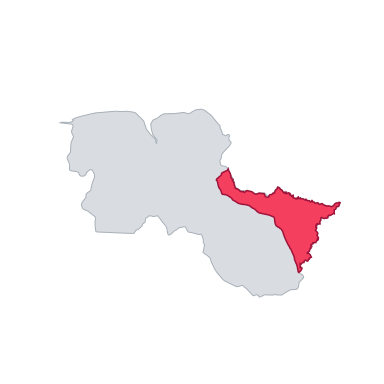 VI-7 Upper Corentyne, East Berbice-Corentyne, Guyana (highlighted), rotated 314°
{"feature_id": "73187651B49855956252830", "entity_name": "VI-7 Upper Corentyne", "entity_type": "district", "adm_level": 2, "iso_a3": "GUY", "parent_name": "Guyana", "parent_adm1": "East Berbice-Corentyne", "projection": "albers", "projection_center": [-57.779, 3.06], "detail": "fine", "context": "in_parent", "style": "filled", "palette": "rose", "viewbox_px": 384, "rotation_deg": 314, "n_neighbors": 0, "source": "geoboundaries", "source_scale": "gbopen_adm2", "svg_char_len": 9546}
<svg xmlns="http://www.w3.org/2000/svg" viewBox="0 0 384 384"><g transform="rotate(314 192 192)"><path d="M121.8,179.0L113.6,169.9L105.4,160.6L97.3,151.5L96.8,150.3L100.2,146.0L103.2,142.9L105.7,141.2L106.9,139.6L106.1,133.0L106.1,130.6L104.9,128.0L104.1,125.1L105.1,122.7L106.3,121.0L107.9,120.3L111.7,119.7L114.4,119.5L115.3,118.5L116.9,117.4L118.9,117.3L122.9,118.1L124.7,116.7L128.0,114.7L135.4,111.3L137.1,109.1L138.3,105.6L138.2,104.0L137.4,103.4L135.6,102.8L132.8,102.7L130.5,103.6L128.2,103.1L126.2,101.0L126.1,99.2L127.3,96.7L126.6,95.0L122.9,89.8L123.0,88.3L125.7,86.0L127.2,84.0L129.3,79.2L130.9,77.6L136.1,77.0L137.4,76.0L140.0,73.5L143.9,70.6L149.6,68.3L151.2,64.1L152.2,63.0L156.7,60.8L157.5,59.6L157.4,58.5L150.2,49.1L151.6,49.7L157.2,55.9L160.3,57.2L160.9,57.3L160.9,55.7L163.8,56.4L171.1,60.6L181.8,67.6L196.8,80.7L201.1,85.7L203.9,88.1L208.4,93.8L209.7,96.6L209.6,107.8L205.6,115.4L204.6,121.0L204.4,128.6L202.1,133.0L205.2,130.6L206.1,123.8L208.7,119.6L212.1,115.1L216.6,114.0L221.5,115.9L225.4,116.3L228.9,117.6L236.2,124.9L243.4,130.7L246.0,135.3L253.6,137.6L258.1,141.2L259.6,144.4L260.5,152.6L259.0,165.1L259.4,165.7L257.3,168.2L257.0,169.7L255.6,172.5L254.6,174.0L256.1,177.4L257.8,177.6L258.5,178.0L258.9,178.7L258.8,179.4L258.2,180.1L256.5,180.9L255.0,182.9L255.1,185.1L254.1,186.3L251.0,186.9L244.8,186.9L241.8,187.0L239.4,187.4L237.8,188.8L235.8,189.8L234.2,190.0L232.8,191.7L231.4,194.0L231.9,195.6L233.3,197.8L234.1,200.0L233.0,203.5L231.8,206.2L231.1,208.3L230.1,212.4L227.7,216.8L226.0,219.3L226.1,222.0L226.9,225.9L231.7,231.6L233.3,234.3L234.7,238.6L239.0,242.0L241.8,244.8L241.5,248.4L241.9,249.5L243.6,250.5L245.7,251.2L247.9,251.1L250.0,250.8L250.5,250.3L255.2,250.2L255.7,251.1L256.0,256.4L256.2,258.5L257.3,259.4L258.0,260.7L258.1,261.8L258.3,264.8L259.0,266.3L258.9,269.5L259.4,270.6L260.7,271.4L262.3,273.6L262.9,273.9L263.3,274.7L264.7,277.9L265.4,278.9L265.9,279.0L266.1,280.1L267.1,283.1L267.8,283.8L269.2,286.0L269.7,288.4L271.5,291.1L273.2,293.0L274.0,295.0L276.3,299.3L278.5,302.4L281.5,303.2L284.1,303.6L285.6,304.8L287.2,306.1L285.5,306.6L284.0,307.4L282.0,306.8L279.1,307.1L276.1,308.0L273.4,308.4L268.2,307.1L266.7,306.9L265.6,306.3L263.4,303.6L262.4,303.3L259.7,304.5L256.3,305.4L254.7,305.3L252.8,306.2L251.0,307.4L247.6,312.6L245.8,314.5L243.9,315.4L240.1,315.3L236.1,315.5L233.1,316.8L230.2,317.4L228.8,317.5L228.3,320.4L227.7,321.7L226.8,322.5L224.6,322.7L222.6,322.6L221.4,321.4L219.2,320.8L217.2,320.4L215.9,319.7L214.9,319.9L214.0,321.1L213.3,322.1L212.7,324.0L209.7,324.6L208.4,325.7L209.2,329.2L208.8,330.6L208.2,331.7L204.6,331.9L201.5,331.8L199.7,333.1L197.5,334.6L196.1,334.9L194.6,334.8L192.5,333.0L190.4,330.9L185.3,329.3L180.2,328.1L176.9,324.6L176.1,322.9L174.5,322.2L170.6,318.1L168.4,315.5L166.0,314.8L163.3,313.6L163.4,311.7L163.2,309.9L162.1,309.2L160.4,308.7L159.8,307.6L160.0,305.2L160.3,299.0L159.9,293.1L156.2,291.0L154.7,289.6L151.9,280.8L150.6,276.9L150.6,273.9L151.5,265.2L152.5,261.4L155.4,253.8L157.0,251.2L157.1,249.3L156.9,246.8L156.1,242.0L160.9,238.9L162.9,237.6L163.3,235.5L165.8,232.9L167.0,230.5L167.9,228.5L167.7,227.5L166.6,226.9L165.3,225.0L162.5,219.7L161.5,218.6L160.7,217.1L161.1,214.7L162.2,212.1L162.1,211.1L160.4,209.7L157.0,207.4L154.2,207.2L152.0,206.4L148.8,206.2L146.2,206.0L144.8,205.1L145.1,203.7L145.7,202.6L147.9,199.9L149.3,197.1L149.5,194.3L150.0,190.6L150.6,187.4L151.0,183.7L147.6,181.4L146.5,179.4L145.1,177.7L143.6,177.7L141.2,176.9L137.6,179.2L134.7,178.8L132.8,179.6L128.2,179.4L125.3,178.3L121.8,179.0Z" fill="#d9dde1" stroke="#a8b0b8" stroke-width="1"/><path d="M211.5,215.6L212.1,216.2L212.8,217.2L213.7,218.6L214.0,219.3L214.4,220.6L214.4,220.9L214.6,221.8L214.7,223.0L214.9,223.3L215.0,224.2L215.0,224.6L214.8,225.3L214.9,226.1L214.7,226.4L214.6,227.2L214.7,227.6L215.1,228.4L215.3,229.1L215.4,230.0L215.7,231.5L215.7,231.9L215.8,232.3L216.1,233.1L216.4,233.9L217.6,236.0L218.2,236.9L218.4,237.2L218.9,237.8L219.7,238.7L220.9,240.6L221.0,240.9L221.4,241.6L221.6,242.0L222.1,243.1L222.2,243.6L222.2,245.0L222.3,245.9L222.5,246.7L223.1,248.5L223.2,249.0L223.2,249.5L223.3,250.6L223.2,252.2L223.3,253.4L223.6,254.7L223.9,255.4L224.3,255.8L225.1,257.2L225.5,257.9L225.7,258.2L227.1,260.5L227.8,261.5L229.0,263.6L229.3,264.2L229.6,265.3L229.9,265.7L230.3,267.0L230.8,268.1L230.8,268.5L230.6,269.2L230.0,270.0L229.2,270.9L228.7,271.7L228.1,272.3L227.2,273.7L226.8,274.4L226.5,275.1L226.3,275.9L226.4,277.5L226.4,277.9L226.8,278.6L226.9,278.9L227.0,280.8L227.2,281.6L227.2,282.1L227.2,282.6L227.0,283.0L226.9,283.5L226.7,284.2L226.6,284.6L226.4,285.1L225.3,287.0L224.6,288.4L224.3,289.1L224.0,289.6L223.2,291.5L222.3,293.7L221.8,295.1L221.1,297.1L220.7,298.2L220.5,299.1L220.4,299.5L220.2,300.3L219.8,301.0L219.6,301.8L219.4,303.2L218.7,304.8L218.2,305.9L217.8,307.0L217.3,308.2L216.6,310.1L216.3,310.4L215.5,311.7L214.7,312.6L214.5,312.9L214.3,313.7L213.9,314.4L213.6,315.0L213.2,315.8L212.6,317.6L212.0,318.5L211.4,319.7L210.2,321.2L209.4,322.5L209.2,322.8L208.6,323.4L208.5,323.7L208.3,324.0L208.3,324.7L210.7,325.0L213.1,324.4L213.7,324.0L212.8,322.2L214.0,321.8L214.1,320.9L215.6,319.5L215.8,320.6L217.9,320.5L219.0,321.5L220.6,320.5L221.9,320.9L222.3,322.9L223.1,323.3L224.3,322.7L225.4,323.0L225.8,322.3L228.0,323.2L229.0,320.4L228.9,318.1L228.0,317.6L228.5,317.1L231.0,317.6L232.9,316.3L233.9,316.7L234.2,315.9L235.9,316.1L236.2,314.5L236.9,314.3L239.1,314.9L239.6,314.3L241.7,316.2L244.4,315.3L244.6,315.9L245.5,315.8L246.3,315.2L246.0,314.7L247.0,314.6L247.6,312.0L249.4,311.5L250.0,310.6L250.2,307.5L252.7,306.8L253.2,306.0L252.7,305.5L253.6,304.6L254.9,304.7L255.1,303.9L256.6,304.4L256.5,305.0L258.0,306.3L259.3,304.6L261.3,304.2L262.5,302.7L263.7,302.8L264.6,305.5L265.8,305.9L266.5,307.1L268.0,307.6L268.6,306.7L270.2,306.5L271.2,307.7L274.9,308.8L275.2,309.5L277.9,306.7L279.9,307.2L281.8,305.9L283.4,307.5L287.2,305.9L287.1,305.5L286.8,305.0L286.4,304.7L285.7,304.7L285.4,304.5L284.8,304.0L284.5,303.5L284.3,303.4L283.3,303.1L283.1,303.0L282.8,303.0L282.1,303.1L280.5,303.2L279.1,303.1L278.8,302.9L278.4,302.5L276.8,299.8L275.6,298.7L275.3,298.3L274.7,296.8L274.3,296.4L274.1,295.9L274.0,295.2L274.2,294.1L274.0,293.5L273.8,293.3L272.7,293.0L272.2,292.8L272.0,292.6L271.6,292.3L271.6,292.1L271.5,291.6L271.5,291.1L271.7,290.3L271.7,290.0L271.5,289.8L271.0,289.4L269.9,289.0L269.6,288.7L269.4,288.0L269.4,287.8L269.5,287.5L269.7,287.3L269.7,287.2L269.4,287.0L269.3,286.8L269.2,286.2L268.7,285.5L268.7,285.1L269.2,284.9L269.3,284.3L269.2,284.2L269.0,284.5L268.9,284.6L268.5,284.4L268.2,284.3L267.6,284.4L267.2,284.2L267.2,283.2L267.2,282.6L267.2,282.3L266.8,281.9L266.5,281.7L266.1,281.3L265.9,281.0L265.9,280.4L265.8,280.1L265.7,279.9L266.0,278.9L265.9,278.8L265.7,278.8L265.3,279.1L264.9,279.0L264.7,278.7L264.5,278.1L264.4,277.1L263.8,276.2L263.0,275.2L262.8,274.8L262.8,274.5L263.0,274.2L263.0,273.9L262.8,273.8L262.3,274.0L261.9,274.0L261.7,273.8L261.5,273.5L261.5,273.1L261.7,272.5L262.2,271.9L261.9,271.8L261.2,272.2L260.6,272.4L260.3,272.4L259.9,272.3L259.9,272.0L260.1,271.7L259.3,271.5L259.1,271.4L259.0,271.1L259.1,270.5L258.9,270.0L258.4,269.2L258.2,268.7L258.2,268.3L258.3,268.2L258.5,268.1L259.1,268.0L259.6,267.6L259.8,267.4L260.0,267.0L259.8,266.9L259.6,266.8L259.0,267.3L258.8,267.4L258.5,267.3L258.3,267.1L258.2,266.8L258.3,266.3L258.2,265.6L258.3,265.2L258.6,264.8L258.0,264.4L257.8,264.0L257.9,263.8L258.2,263.7L258.9,263.7L259.0,263.5L258.8,263.0L258.7,262.2L258.0,261.8L257.6,261.8L256.8,261.4L256.7,261.1L256.7,260.8L256.8,260.5L257.2,260.1L257.2,259.9L256.6,260.2L256.3,260.4L256.0,260.3L255.6,259.9L255.5,259.4L255.5,259.2L256.0,258.8L255.8,258.6L255.5,258.6L255.2,258.4L255.2,257.9L255.3,257.4L255.6,256.2L255.7,255.8L255.6,255.3L255.8,255.0L255.7,254.8L255.5,254.7L255.3,253.9L255.3,253.5L255.6,253.0L255.7,252.7L255.7,252.1L255.6,251.3L255.3,250.9L255.2,250.4L255.0,250.2L254.7,250.3L254.4,250.7L253.8,250.9L251.6,251.0L251.0,251.0L250.5,251.2L249.6,251.6L249.1,251.7L248.4,251.9L248.1,251.9L247.8,251.7L247.6,251.2L247.3,251.0L246.9,251.0L246.6,251.0L245.7,251.2L245.2,250.8L244.6,250.2L244.1,249.9L243.3,249.9L242.8,250.0L242.4,250.4L241.7,250.6L241.2,250.4L241.0,250.1L240.9,250.0L240.1,249.2L239.8,248.8L239.8,248.3L239.9,247.2L240.2,246.7L240.6,246.0L240.8,245.6L240.8,245.2L240.4,244.4L239.7,243.5L239.3,243.2L238.8,242.6L238.4,241.7L238.2,241.4L237.7,241.0L237.1,240.8L236.9,240.7L236.8,240.8L235.6,240.0L235.3,239.9L234.8,239.5L234.4,239.0L234.3,238.6L234.1,237.8L233.9,235.8L233.9,235.3L233.7,234.6L233.4,234.1L232.4,232.6L231.6,231.1L231.3,230.6L230.9,230.3L230.4,230.2L230.1,230.3L228.2,230.1L228.2,228.8L227.9,228.7L227.6,228.5L227.0,227.8L226.6,227.2L226.2,226.7L226.0,226.2L226.1,225.9L226.1,225.6L226.1,224.7L225.9,223.1L225.4,221.8L225.0,221.4L224.8,220.9L224.8,220.5L225.2,219.7L226.7,217.1L227.7,215.7L228.1,215.5L228.1,215.1L228.2,213.3L229.4,213.0L229.5,212.7L229.4,212.2L229.2,211.4L229.4,210.5L230.1,209.2L231.1,208.0L231.7,207.0L232.3,205.5L232.3,205.0L232.7,203.9L233.0,203.3L233.8,202.0L233.4,202.1L233.1,202.3L232.7,202.4L231.9,202.3L230.9,201.9L229.4,201.3L228.7,201.0L227.9,200.8L227.5,200.6L227.2,200.6L226.7,200.5L226.3,200.4L226.1,200.2L225.4,200.8L225.1,201.0L224.7,201.1L224.3,201.2L223.5,201.2L222.5,201.2L221.4,200.9L220.4,201.0L220.0,201.0L218.9,200.7L218.2,200.8L217.9,200.9L217.5,201.2L217.4,202.4L217.3,202.8L214.9,206.4L214.6,206.8L214.2,207.6L213.9,208.0L213.8,208.4L213.7,208.8L213.8,209.3L213.5,210.2L213.3,211.4L212.9,212.0L212.7,212.5L212.2,213.5L211.7,214.2L211.6,214.6L211.5,215.6Z" fill="#f43f5e" stroke="#9f1239" stroke-width="1.5"/></g></svg>